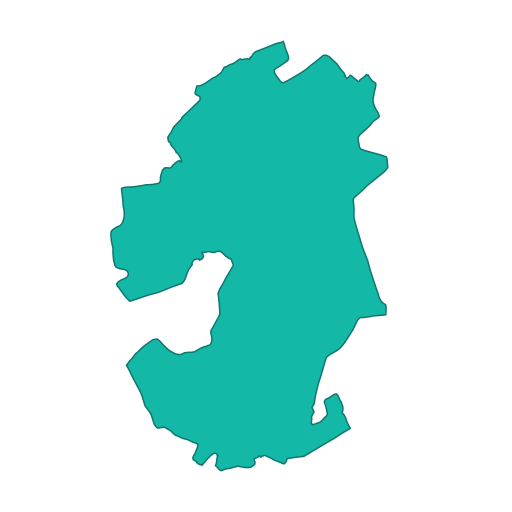 Boulkiemde, Boulkiemdé, Burkina Faso, rotated 173°
{"feature_id": "67063806B25202403935187", "entity_name": "Boulkiemde", "entity_type": "district", "adm_level": 2, "iso_a3": "BFA", "parent_name": "Burkina Faso", "parent_adm1": "Boulkiemdé", "projection": "equal_earth", "projection_center": [-2.114, 12.316], "detail": "fine", "context": "isolated", "style": "filled", "palette": "teal", "viewbox_px": 512, "rotation_deg": 173, "n_neighbors": 0, "source": "geoboundaries", "source_scale": "gbopen_adm2", "svg_char_len": 6048}
<svg xmlns="http://www.w3.org/2000/svg" viewBox="0 0 512 512"><g transform="rotate(173 256 256)"><path d="M334.9,54.9L331.6,58.2L328.4,61.0L326.1,62.8L324.0,64.2L322.6,64.9L321.7,65.2L320.8,65.2L320.1,65.0L319.4,64.5L318.9,64.0L318.8,62.5L318.1,62.4L319.2,60.5L320.5,55.6L321.7,52.7L319.7,50.5L319.5,50.1L319.4,49.5L317.9,48.1L317.6,47.5L316.8,47.2L311.1,48.4L307.3,48.5L303.0,49.2L299.6,49.6L293.5,47.6L290.2,47.0L287.1,46.9L285.4,47.6L282.7,49.4L282.2,51.0L282.2,52.0L282.6,53.1L282.6,53.6L282.3,55.1L278.5,56.0L277.4,57.2L276.7,57.1L276.4,56.3L275.9,55.9L275.2,55.9L274.3,56.8L273.0,56.7L272.8,57.1L271.6,57.0L267.3,54.5L261.9,50.8L256.5,47.9L255.1,46.9L254.3,46.5L253.1,46.4L251.1,48.4L250.2,50.0L250.1,51.1L241.6,51.4L232.9,51.3L216.0,58.8L199.6,65.9L193.5,69.0L183.4,73.4L185.2,77.9L186.2,81.3L186.9,84.9L187.8,87.3L189.4,89.6L189.5,90.1L188.5,92.5L188.2,96.0L189.5,101.4L190.2,102.6L191.5,107.0L192.0,107.5L192.1,108.3L192.7,109.2L194.8,109.3L200.9,106.3L204.2,105.2L205.0,104.7L205.7,103.7L206.0,102.5L205.7,101.4L205.0,98.1L204.5,92.3L204.6,89.7L205.2,88.9L208.1,86.9L210.6,84.6L212.7,83.3L218.7,81.9L220.4,81.8L221.4,83.0L221.4,84.0L220.5,87.4L220.4,88.2L220.6,89.4L218.8,92.6L217.8,93.2L217.4,94.9L218.1,95.9L218.1,96.7L218.8,98.1L218.9,98.7L218.3,99.4L218.2,100.1L217.8,100.3L216.6,101.6L215.9,103.2L214.9,107.2L213.5,111.5L210.1,120.6L205.7,130.3L199.4,145.0L198.1,147.1L194.9,149.1L187.3,152.2L183.1,154.8L178.7,159.0L168.7,171.1L163.2,179.7L161.1,181.6L160.0,182.2L156.7,181.8L153.0,182.0L151.0,181.8L148.2,182.3L135.8,181.8L134.3,181.9L133.2,188.5L133.1,191.3L133.5,192.0L136.3,194.4L137.4,196.2L138.8,199.7L139.3,203.3L140.5,208.4L143.7,224.5L144.8,230.8L145.6,237.3L149.0,250.5L153.1,274.0L153.9,280.0L154.1,282.8L152.9,291.1L152.7,299.0L152.3,300.9L151.6,301.8L141.0,309.2L137.7,311.9L118.7,323.8L116.3,325.8L114.5,327.6L114.3,329.1L114.2,337.3L114.6,338.5L119.6,341.0L134.0,346.9L137.8,348.8L139.0,349.5L139.7,350.4L140.1,352.3L140.4,359.2L140.4,360.7L139.8,361.8L138.0,363.8L127.0,371.6L123.3,375.3L117.6,378.4L116.8,379.3L116.7,380.1L117.2,382.8L119.5,388.0L120.3,390.6L120.7,392.5L121.0,396.4L118.5,404.6L117.0,408.3L116.3,410.8L116.1,412.4L116.3,413.1L119.3,415.6L121.7,419.7L122.7,422.0L123.2,422.0L124.4,422.7L125.9,421.1L131.4,418.1L132.0,417.0L132.7,416.8L133.4,417.0L137.2,420.7L138.6,422.5L139.8,423.6L140.4,423.9L142.8,421.9L144.2,421.2L144.9,422.2L146.0,424.4L145.5,424.4L146.4,426.9L149.5,431.7L152.4,437.0L158.9,444.8L161.6,446.6L164.0,447.0L165.3,446.6L171.6,442.5L178.1,438.7L183.4,435.2L189.3,432.2L195.2,429.6L203.0,426.3L208.2,424.5L210.5,426.3L211.3,427.9L215.0,434.5L215.4,436.5L215.2,437.6L214.7,438.7L213.3,439.7L211.9,440.5L208.6,441.8L206.0,443.3L201.7,445.5L200.6,446.4L200.0,447.1L199.5,448.6L199.6,450.4L200.4,454.3L201.1,456.5L201.8,460.0L201.9,462.0L202.8,465.6L203.7,465.1L207.3,464.8L211.1,464.2L218.2,462.2L230.6,459.1L232.3,458.4L234.6,456.6L235.9,454.7L236.9,453.7L237.4,454.0L238.4,451.8L240.4,453.0L242.5,452.6L243.6,452.9L245.0,452.5L246.0,452.7L246.8,453.3L247.8,453.5L248.9,453.0L249.2,453.0L252.1,451.2L255.2,449.8L258.9,449.0L262.8,447.3L264.4,447.3L265.2,446.4L265.8,445.4L267.9,442.6L269.9,441.2L273.6,439.1L275.0,438.4L276.6,438.2L284.2,434.2L287.3,432.8L291.1,431.7L293.9,431.9L294.2,431.6L296.5,425.6L296.6,424.6L295.9,423.5L292.5,421.3L292.2,420.8L292.5,417.6L301.7,410.6L312.6,402.6L313.2,401.2L314.4,400.2L321.8,394.2L325.0,389.4L328.6,385.2L329.2,384.0L328.9,381.9L329.0,380.7L328.5,379.9L327.0,378.5L327.0,376.8L323.1,370.7L322.5,368.3L321.2,367.5L318.8,362.0L318.3,360.4L318.4,358.5L318.9,358.5L320.2,360.0L321.1,359.7L321.6,359.8L325.3,357.9L328.3,355.6L329.0,354.4L329.4,354.2L330.9,353.8L334.1,354.5L334.9,354.6L335.3,354.3L335.7,354.6L337.3,353.6L338.6,352.1L340.5,348.0L340.7,347.1L341.4,345.5L341.3,344.1L342.0,341.7L343.0,340.5L344.2,339.9L350.1,339.6L357.0,340.1L361.8,339.7L370.0,339.6L375.5,340.1L379.0,340.1L381.3,339.4L381.4,327.1L381.7,323.2L381.4,316.1L381.9,311.6L382.5,309.6L383.4,307.4L384.9,304.8L386.1,303.5L387.8,302.4L389.6,302.1L391.8,301.2L394.8,299.7L396.3,298.5L396.9,297.2L397.4,295.1L397.7,288.5L397.0,281.3L397.6,276.5L397.8,271.4L397.8,268.3L397.3,265.6L397.3,263.9L396.6,262.6L396.2,262.0L393.1,260.1L390.8,259.3L389.0,259.0L387.3,258.0L385.9,257.0L385.3,256.0L385.0,254.9L385.0,253.3L385.8,251.6L387.2,250.4L393.7,248.3L396.4,246.7L397.4,245.6L397.6,244.9L397.6,244.1L397.3,243.1L396.1,241.4L391.7,233.4L389.0,229.2L387.9,228.0L386.7,226.4L368.4,230.2L357.3,231.8L343.9,235.4L335.4,237.3L333.2,237.6L331.4,238.9L329.1,241.8L326.6,247.1L324.5,250.7L320.3,255.3L320.6,256.4L320.3,256.7L320.1,257.3L319.4,258.4L317.4,260.1L316.0,259.9L314.8,260.2L312.6,260.0L312.6,258.8L309.7,259.8L308.2,261.9L308.1,263.0L308.9,264.6L309.1,266.3L307.7,265.9L306.5,265.8L303.7,266.2L301.7,266.0L299.0,265.0L296.9,264.5L294.0,265.4L292.0,265.2L290.5,264.6L289.4,263.8L286.0,259.4L284.7,258.5L283.5,257.1L282.3,256.4L281.2,256.3L279.6,249.7L279.9,249.1L288.2,238.3L292.3,232.4L295.8,227.9L298.2,223.7L298.2,215.0L298.8,204.3L299.2,202.4L300.6,200.0L309.7,187.5L310.1,186.4L310.2,185.1L309.8,181.1L310.0,178.3L310.7,176.1L311.8,174.1L312.5,173.2L314.7,173.0L316.6,172.4L318.4,172.3L322.8,171.0L328.4,168.5L331.6,168.2L333.8,168.6L338.7,168.7L340.5,168.0L342.9,167.4L344.5,167.6L347.8,168.6L353.0,172.3L355.0,174.3L359.1,179.3L361.6,183.0L362.8,184.3L364.1,185.5L366.0,185.7L368.3,185.4L370.5,184.5L376.5,181.2L380.6,178.6L385.4,174.9L387.5,173.6L391.4,169.5L394.3,167.2L396.9,164.2L397.8,163.6L397.8,162.9L397.3,162.0L395.5,157.4L394.6,154.4L393.0,150.0L387.1,134.6L385.9,129.6L384.6,121.9L384.0,119.9L383.2,118.8L380.7,114.4L379.3,110.9L377.6,101.7L376.3,99.2L375.3,97.8L374.4,97.2L373.1,97.1L370.1,97.4L367.8,97.3L362.0,92.9L359.8,90.0L357.9,88.0L355.5,86.8L351.3,84.1L345.7,81.8L342.3,79.5L337.0,76.7L336.8,75.6L337.0,74.5L337.7,72.8L340.7,67.3L342.3,65.3L343.1,63.8L343.3,63.1L343.3,62.5L343.2,62.0L342.8,61.1L341.4,60.3L339.6,58.6L340.0,58.1L339.3,57.6L338.0,56.3L336.6,55.5L336.0,55.7L334.9,54.9Z" fill="#14b8a6" stroke="#0f766e" stroke-width="1.5"/></g></svg>